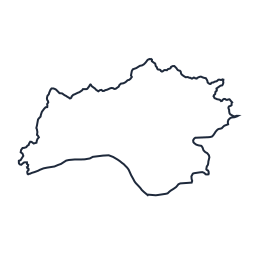 the district of Bukit Mabong, Sarawak, Malaysia, rotated 178°
{"feature_id": "92858781B56085190058706", "entity_name": "Bukit Mabong", "entity_type": "district", "adm_level": 2, "iso_a3": "MYS", "parent_name": "Malaysia", "parent_adm1": "Sarawak", "projection": "natural_earth1", "projection_center": [113.729, 1.769], "detail": "fine", "context": "isolated", "style": "outline", "palette": "slate", "viewbox_px": 256, "rotation_deg": 178, "n_neighbors": 0, "source": "geoboundaries", "source_scale": "gbopen_adm2", "svg_char_len": 4662}
<svg xmlns="http://www.w3.org/2000/svg" viewBox="0 0 256 256"><g transform="rotate(178 128 128)"><path d="M23.1,150.1L24.4,151.6L25.3,152.9L25.8,153.2L27.1,152.9L28.1,152.6L29.1,152.9L30.0,153.6L31.1,153.7L32.4,152.9L33.1,151.8L34.1,151.6L34.8,152.6L35.5,153.1L38.1,153.7L39.0,154.2L40.2,154.7L40.7,155.2L40.9,156.0L41.4,156.7L41.0,157.8L40.2,158.4L39.7,158.9L39.6,159.4L39.5,160.3L39.3,161.2L39.0,161.5L38.4,161.7L37.8,162.9L38.1,163.6L38.2,164.4L37.5,164.8L36.7,165.4L36.0,165.8L35.0,166.5L34.0,167.1L32.4,167.3L32.0,167.8L31.4,169.0L31.1,170.2L31.3,171.0L31.0,173.0L32.0,173.3L32.8,172.8L33.7,172.8L34.8,173.1L36.0,173.1L37.0,172.2L37.8,171.6L39.1,171.4L40.0,171.2L41.0,170.5L41.8,170.5L43.0,170.3L43.8,169.2L44.5,169.1L45.7,169.7L46.8,170.7L47.0,172.1L47.4,173.2L48.0,174.2L48.4,175.0L49.0,175.2L50.0,175.4L52.0,176.1L52.7,176.6L53.9,176.8L55.6,176.3L57.1,175.6L57.6,175.0L59.1,175.3L59.7,175.9L60.6,176.1L62.0,175.2L62.8,175.2L63.8,176.0L64.7,176.0L65.9,176.5L66.4,176.8L67.5,176.8L68.5,176.7L69.5,177.3L70.8,178.2L72.0,179.2L72.6,179.7L73.1,180.8L73.4,182.6L74.1,183.4L75.0,183.6L76.1,184.1L76.8,184.9L77.5,186.1L79.5,188.3L81.2,188.3L82.8,187.6L83.2,186.6L83.9,186.0L86.1,185.4L87.1,184.4L88.7,184.6L89.7,184.6L91.4,183.4L92.1,183.2L93.1,183.8L93.6,184.8L94.3,185.2L95.9,185.4L96.7,186.2L97.1,187.8L98.0,188.7L98.3,189.9L98.6,191.5L99.4,192.0L100.8,193.1L101.8,193.9L101.7,195.5L102.6,196.2L103.6,195.9L104.2,196.2L106.0,195.4L106.8,194.4L107.5,193.5L108.5,192.4L109.9,191.1L111.7,190.1L114.0,189.7L117.6,187.6L121.1,186.5L122.2,184.8L123.2,180.4L122.4,178.9L123.8,177.1L125.1,176.1L126.8,175.7L128.0,174.6L129.0,173.8L130.9,172.9L132.3,172.7L133.5,172.6L135.1,171.2L135.9,169.6L136.9,169.0L138.8,167.7L140.0,167.5L140.5,167.6L141.5,168.3L143.0,168.6L144.4,168.3L147.5,167.0L149.4,166.6L150.7,165.9L152.1,165.9L153.2,167.0L154.7,166.8L156.4,165.7L158.7,167.4L159.5,168.5L160.8,169.5L162.6,170.9L163.3,171.8L163.6,172.6L164.1,172.8L164.8,172.0L165.4,170.9L166.2,170.0L167.3,168.6L168.2,168.3L170.3,168.4L171.7,168.4L172.6,167.2L175.3,165.5L177.1,164.9L180.2,163.5L181.5,163.1L183.2,161.5L183.6,160.3L184.3,159.7L185.2,159.6L185.9,160.3L187.6,161.3L188.6,162.1L189.9,162.8L191.1,163.6L192.5,164.8L193.6,165.0L195.3,165.2L195.9,166.0L196.7,166.8L198.5,168.8L199.6,169.5L201.1,170.1L203.0,170.2L204.0,169.1L205.0,167.1L205.5,166.0L206.0,164.4L207.3,163.1L207.8,161.5L208.0,160.1L207.8,159.0L207.0,157.6L206.8,156.4L207.4,155.5L208.0,154.7L207.8,153.1L208.0,151.7L209.6,151.6L211.0,150.3L211.8,149.3L212.7,148.2L213.5,147.2L214.6,144.2L215.0,142.4L216.5,141.0L217.6,139.7L218.5,135.6L218.9,133.7L219.6,131.2L219.1,129.9L218.7,127.1L219.2,124.3L218.4,123.6L217.4,121.8L218.9,120.1L219.6,118.4L220.0,116.5L222.8,115.8L224.9,117.5L226.2,117.7L227.4,115.9L227.9,114.4L229.1,113.9L230.3,112.4L232.3,111.8L234.1,111.7L235.6,109.8L236.1,107.5L234.3,106.1L233.6,103.8L234.8,102.1L236.5,99.6L238.2,99.1L238.3,97.7L238.2,96.4L237.5,95.5L236.9,95.2L235.9,95.0L235.0,95.8L233.3,97.1L232.2,97.3L230.2,97.2L230.2,95.6L229.0,94.6L229.5,92.7L230.3,92.4L229.9,91.2L228.8,90.6L228.8,89.5L229.6,88.7L230.2,87.9L230.2,86.8L229.9,85.6L229.4,85.2L228.1,85.7L227.6,85.7L225.7,86.5L223.0,87.2L219.1,88.5L217.8,89.2L213.9,90.6L210.3,91.2L202.8,92.1L199.2,93.5L196.3,94.4L193.6,96.0L190.9,97.6L188.2,98.1L182.5,98.4L176.4,98.2L172.3,98.2L167.2,98.9L164.2,100.4L153.8,101.3L148.2,101.4L143.9,99.6L141.4,98.0L139.5,96.8L137.2,95.1L135.3,93.4L133.5,92.0L131.9,90.2L130.3,88.5L128.9,86.5L128.0,84.4L126.5,80.7L124.5,76.8L123.3,74.3L122.1,72.6L120.5,70.8L119.0,69.1L117.6,67.4L116.4,65.6L114.3,63.5L110.6,60.2L110.2,60.7L105.2,60.1L102.6,59.8L100.4,60.0L92.6,60.9L90.7,61.3L88.8,63.0L87.4,64.0L84.6,65.6L82.0,67.3L80.6,68.8L79.6,70.0L77.7,70.8L66.3,71.2L65.7,72.9L66.2,74.8L66.3,77.5L64.8,80.1L63.6,80.5L57.4,81.2L55.2,81.3L53.6,80.6L52.7,79.8L52.0,79.0L50.7,78.8L49.2,78.9L48.9,79.7L49.0,81.6L49.5,82.7L50.9,83.5L51.2,84.1L50.6,86.8L49.5,88.3L49.1,89.7L48.8,92.0L48.4,93.3L47.7,95.9L48.1,97.9L49.7,100.1L51.6,101.2L53.3,103.0L54.2,105.9L55.3,107.6L58.2,108.2L60.4,109.0L62.4,110.6L63.2,111.7L63.3,113.5L62.3,115.0L61.1,115.9L47.8,116.0L46.3,116.1L44.4,116.5L43.1,117.7L41.6,119.7L40.6,121.2L39.4,122.5L38.4,123.4L37.3,123.9L35.7,124.1L34.3,124.5L33.1,125.7L31.7,126.9L27.8,128.2L28.0,129.6L28.0,130.8L27.4,132.6L25.9,134.0L25.3,134.4L24.4,134.8L23.6,134.9L22.9,135.0L21.9,135.0L20.9,135.1L19.7,135.5L18.7,135.8L17.7,136.3L19.0,136.4L20.1,136.1L21.2,135.9L22.2,136.2L23.4,136.9L24.1,137.3L25.3,138.1L26.0,139.1L26.3,141.0L26.3,142.6L26.9,144.2L26.9,145.1L26.4,146.0L25.5,146.3L24.4,146.7L23.7,147.2L23.6,148.8L23.4,149.9L23.1,150.1Z" fill="none" stroke="#1e293b" stroke-width="2"/></g></svg>